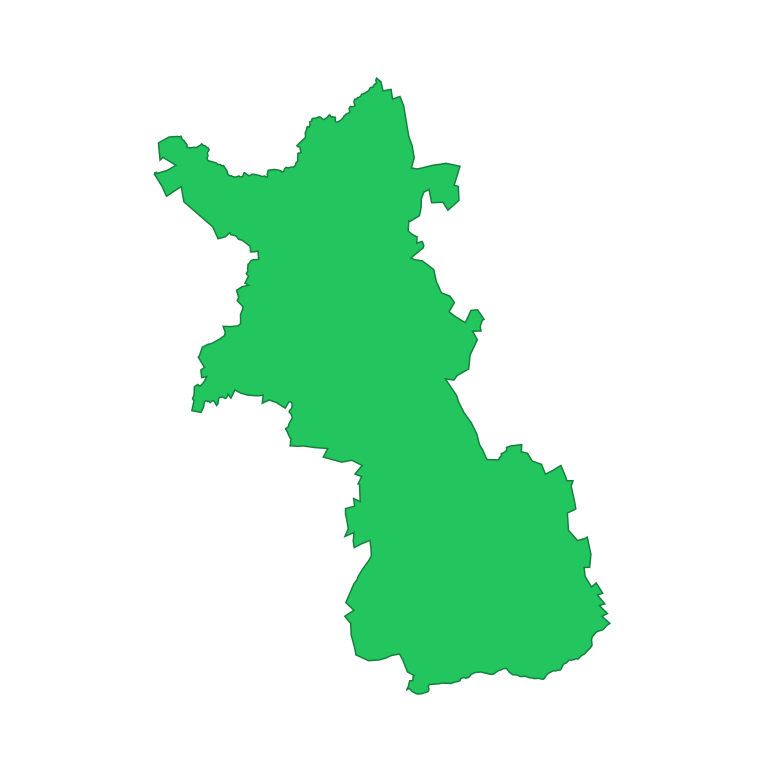 the district of Capricorn, Limpopo, South Africa, rotated 189°
{"feature_id": "47623444B39961875100415", "entity_name": "Capricorn", "entity_type": "district", "adm_level": 2, "iso_a3": "ZAF", "parent_name": "South Africa", "parent_adm1": "Limpopo", "projection": "natural_earth1", "projection_center": [29.178, -23.544], "detail": "fine", "context": "isolated", "style": "filled", "palette": "green", "viewbox_px": 768, "rotation_deg": 189, "n_neighbors": 0, "source": "geoboundaries", "source_scale": "gbopen_adm2", "svg_char_len": 6149}
<svg xmlns="http://www.w3.org/2000/svg" viewBox="0 0 768 768"><g transform="rotate(189 384 384)"><path d="M313.5,85.7L312.0,86.9L310.9,86.9L308.0,84.6L303.3,83.1L301.0,83.2L298.1,84.1L292.6,87.0L292.0,87.8L291.8,89.5L292.9,92.0L292.3,94.3L282.9,96.5L279.7,97.7L270.9,98.7L267.3,100.8L263.9,101.9L262.4,103.2L262.3,104.7L259.4,106.7L257.1,106.3L255.2,107.0L253.9,108.2L252.5,110.8L248.7,113.4L243.2,114.7L233.5,113.9L230.9,114.3L225.8,119.1L223.7,119.9L221.6,121.5L219.5,122.0L218.1,121.9L215.4,119.1L211.5,117.0L206.4,117.4L204.6,116.6L203.0,116.4L198.5,117.6L194.6,116.6L191.5,116.8L189.3,116.5L185.4,117.5L182.5,117.2L180.4,117.4L179.5,118.3L178.1,121.8L176.1,124.2L171.6,127.4L169.9,127.3L168.1,128.3L165.0,129.2L164.2,130.8L163.5,133.9L162.6,135.6L160.3,137.0L157.8,140.5L155.6,140.6L153.2,141.5L151.6,142.7L149.4,142.6L146.7,146.3L143.2,149.2L142.2,151.2L138.9,155.6L137.6,158.5L138.9,163.4L139.0,165.6L138.6,167.7L137.2,169.1L136.0,171.5L134.6,172.9L129.2,175.6L126.6,179.9L123.5,182.9L132.4,188.7L127.4,192.2L136.6,198.8L131.5,201.4L140.2,208.9L135.3,211.6L143.3,220.7L147.3,215.9L155.3,225.6L157.7,234.1L152.2,235.1L153.0,248.2L159.3,264.5L160.6,263.3L168.3,259.6L178.9,268.4L182.7,285.2L175.0,290.6L177.7,298.6L183.2,312.4L182.2,318.1L188.2,317.0L190.5,321.4L196.5,331.2L205.2,323.9L210.5,320.3L215.9,329.3L225.5,331.0L231.5,338.1L237.8,338.5L238.5,345.7L248.7,342.8L253.1,340.5L252.6,338.7L252.8,337.1L255.4,334.6L257.1,333.8L257.3,333.0L256.7,331.5L258.3,329.5L258.9,326.9L270.6,325.5L276.3,334.5L280.1,338.8L284.3,348.8L291.6,359.2L300.4,368.1L307.4,377.8L310.6,384.1L324.2,398.7L315.5,398.8L313.0,403.9L302.7,412.1L303.5,426.0L298.7,442.4L304.8,450.0L296.5,451.5L298.0,456.0L296.8,462.4L295.3,463.5L303.2,471.9L309.6,470.3L313.3,457.3L323.5,461.5L331.0,465.5L327.2,475.5L332.6,481.1L341.6,483.1L348.3,493.4L352.8,504.8L365.4,511.6L373.5,511.6L377.1,512.8L366.6,524.6L366.3,526.8L368.5,530.8L373.8,528.4L374.4,534.6L379.6,536.1L384.1,539.0L385.0,549.0L383.7,548.6L375.3,555.8L375.0,564.7L376.1,572.5L374.7,579.6L370.0,583.2L365.3,570.5L354.2,572.7L348.0,565.7L338.7,577.1L341.5,590.8L345.8,591.3L343.0,610.9L357.1,611.7L370.4,607.5L384.2,601.7L390.8,601.6L389.5,612.1L393.5,623.8L398.3,632.5L408.0,661.6L413.2,670.5L420.1,666.7L423.1,676.1L430.8,673.4L434.4,682.1L439.2,684.9L439.6,682.7L438.6,680.3L438.8,679.7L440.5,678.2L441.3,676.5L441.4,675.3L443.9,674.7L445.1,671.3L450.0,667.1L451.4,666.7L451.8,665.2L453.3,663.2L454.8,662.8L456.0,661.1L457.4,660.6L457.9,658.4L457.2,656.2L456.2,654.8L456.3,654.1L459.0,652.7L460.2,653.0L460.8,652.7L461.6,650.7L460.3,647.4L462.3,645.4L463.6,644.7L464.6,643.2L465.3,642.7L466.2,640.1L468.2,637.5L470.7,635.7L471.9,635.2L472.6,635.3L473.5,636.9L473.5,639.2L473.9,639.8L476.7,639.8L477.8,639.3L479.7,641.4L480.6,640.6L481.8,638.2L483.4,637.1L484.3,635.9L486.0,636.0L487.7,637.3L489.3,637.8L490.6,637.4L493.0,635.8L495.4,635.4L496.4,634.8L496.7,634.2L496.6,632.4L498.5,631.0L497.9,629.8L497.6,627.3L498.3,625.9L499.8,626.3L500.4,625.2L500.2,623.2L501.1,619.6L500.3,616.6L500.3,614.9L507.3,606.0L506.5,604.9L504.2,605.0L503.6,604.6L503.5,602.4L502.0,599.6L502.2,599.1L504.5,598.8L505.2,598.2L504.6,595.4L504.8,594.1L504.1,591.7L504.4,590.0L505.5,588.8L505.7,585.9L507.4,584.0L510.1,583.6L512.5,582.4L514.7,582.7L515.9,580.8L516.1,578.5L518.2,577.2L519.4,578.6L525.7,578.8L531.8,577.0L532.2,573.0L531.5,570.8L532.0,570.0L533.3,570.0L534.3,570.8L537.0,569.8L539.0,570.4L546.4,570.8L547.3,570.4L548.6,569.1L549.9,568.7L551.6,569.2L554.7,570.9L555.4,570.5L555.8,567.3L556.5,566.4L558.6,566.0L559.8,566.8L562.9,565.1L566.0,565.2L567.6,565.8L569.5,565.6L571.4,567.1L571.8,568.8L572.7,570.4L576.7,574.6L578.5,574.1L580.1,575.2L582.5,574.8L584.5,576.2L592.7,577.1L594.2,579.3L593.5,581.7L594.4,583.9L594.5,585.2L593.4,587.9L594.5,589.6L595.5,589.7L598.0,591.3L599.9,591.4L601.7,592.7L602.5,591.4L606.4,588.1L608.6,588.2L611.5,587.1L615.2,586.9L615.9,587.7L615.7,588.9L617.3,590.9L618.4,591.3L619.1,592.8L621.5,594.0L623.4,597.0L624.1,596.3L627.3,596.1L635.0,594.3L644.5,586.8L640.2,570.1L637.8,573.3L623.7,567.5L631.5,561.1L641.2,556.4L641.9,557.5L643.5,556.6L643.0,555.5L643.5,555.2L634.3,544.7L628.2,535.4L615.2,547.3L610.1,532.6L577.7,512.4L570.6,501.5L563.9,504.5L560.1,509.2L558.6,507.5L553.4,507.1L550.2,504.1L546.7,503.9L538.0,499.1L537.3,497.6L536.5,493.6L532.7,494.3L529.4,495.7L527.3,487.6L530.9,486.4L532.2,486.5L534.3,485.4L535.4,483.8L535.4,482.9L537.1,480.9L536.7,478.4L536.9,477.5L536.2,474.4L537.3,471.4L534.7,469.3L537.1,461.8L533.0,460.4L539.4,457.9L544.3,453.5L541.1,446.8L542.0,443.3L535.2,438.2L535.5,435.0L536.6,430.2L535.1,421.1L537.4,418.5L545.2,416.6L551.9,415.8L548.9,410.3L549.1,406.9L553.9,402.2L560.6,397.0L564.2,395.6L569.2,391.9L570.7,383.1L571.7,381.5L563.9,372.3L567.1,369.1L565.0,361.8L560.3,363.6L562.3,357.5L565.4,353.0L568.0,354.4L570.8,351.5L569.9,343.3L570.9,339.6L569.1,337.6L569.6,327.6L560.3,327.3L558.6,332.9L558.5,338.3L557.2,339.8L555.4,339.2L555.0,339.7L552.9,338.4L551.3,340.5L549.0,340.5L546.0,336.6L544.9,338.7L545.1,343.5L544.4,345.0L541.5,345.9L538.6,344.9L538.0,345.1L537.1,346.6L536.6,349.6L533.0,346.1L530.3,354.7L524.3,352.7L517.2,351.7L507.0,352.5L501.6,354.1L501.2,346.0L494.7,350.3L487.2,348.8L477.8,344.7L475.1,351.4L473.2,351.7L472.4,351.2L471.7,350.0L471.2,346.8L471.6,345.3L473.1,343.0L473.3,341.4L471.4,340.0L469.2,336.7L471.8,329.1L471.8,326.9L474.3,324.4L474.0,323.7L473.0,323.1L468.7,316.4L467.1,315.0L467.4,312.5L467.0,310.5L467.2,308.3L460.0,308.9L454.0,310.2L442.3,310.4L429.5,311.5L432.5,302.3L413.5,300.2L403.7,303.7L392.8,300.1L398.6,290.6L391.6,289.0L394.0,281.3L392.5,281.2L389.1,264.1L396.1,266.2L393.9,258.8L402.5,254.9L401.7,249.6L399.8,244.8L396.6,235.3L398.8,227.3L390.4,232.6L389.9,224.4L387.9,217.8L381.5,222.4L373.4,227.4L371.2,219.9L369.6,212.1L371.5,207.0L375.7,198.9L379.3,190.4L380.1,186.3L382.5,181.8L387.5,162.1L378.3,155.8L386.4,148.5L379.4,142.2L377.2,131.1L371.6,118.6L369.4,112.1L355.9,108.3L345.4,110.8L340.1,113.2L334.4,116.9L326.4,119.8L322.2,114.2L315.8,103.3L308.6,100.8L309.5,99.8L309.3,96.9L309.5,95.4L312.2,94.9L312.7,88.7L313.5,86.7L313.5,85.7Z" fill="#22c55e" stroke="#15803d" stroke-width="1.5"/></g></svg>